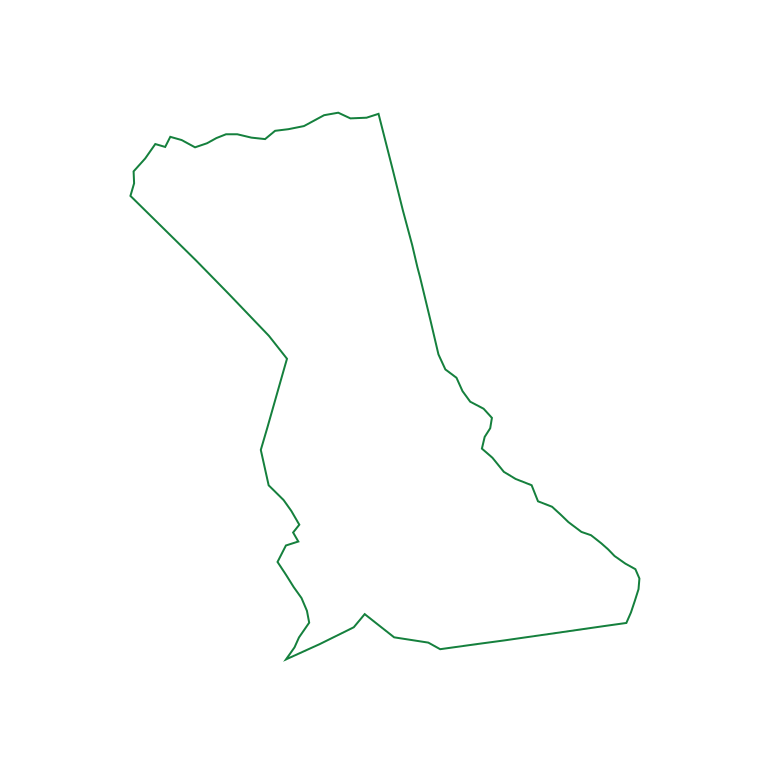 the district of João Alfredo, Pernambuco, Brazil, rotated 74°
{"feature_id": "56859067B12344911286731", "entity_name": "João Alfredo", "entity_type": "district", "adm_level": 2, "iso_a3": "BRA", "parent_name": "Brazil", "parent_adm1": "Pernambuco", "projection": "robinson", "projection_center": [-35.594, -7.855], "detail": "fine", "context": "isolated", "style": "outline", "palette": "green", "viewbox_px": 768, "rotation_deg": 74, "n_neighbors": 0, "source": "geoboundaries", "source_scale": "gbopen_adm2", "svg_char_len": 1289}
<svg xmlns="http://www.w3.org/2000/svg" viewBox="0 0 768 768"><g transform="rotate(74 384 384)"><path d="M110.6,353.2L109.1,367.5L114.0,389.9L112.7,405.7L110.6,418.9L115.8,430.8L110.6,443.6L103.5,456.2L100.4,467.1L101.4,477.3L103.8,487.8L104.4,500.4L93.7,511.3L87.5,521.3L95.8,529.0L90.3,537.7L101.4,551.4L110.6,566.1L122.2,568.9L133.3,575.9L213.7,530.5L255.2,508.1L289.4,490.1L305.9,481.4L333.0,470.3L342.9,476.5L393.7,508.1L413.4,520.6L449.6,522.8L467.9,512.5L480.4,508.1L495.9,504.2L501.7,512.3L511.8,509.8L512.2,522.8L525.7,535.4L540.7,530.7L554.3,526.8L567.0,522.3L580.8,520.6L592.8,521.7L604.2,535.6L612.5,542.6L621.7,554.1L616.3,517.4L609.5,480.1L599.9,466.0L630.3,444.1L644.8,412.7L654.4,403.1L659.7,365.8L663.6,339.3L677.5,238.2L680.5,216.9L671.7,209.6L661.5,202.6L651.4,195.9L641.4,192.1L631.3,193.4L623.2,201.5L612.9,209.8L604.8,214.1L597.1,219.0L586.4,226.7L580.6,235.0L567.6,244.8L558.4,250.1L548.3,256.3L539.2,268.3L522.0,270.0L511.6,283.6L501.5,293.0L484.8,300.1L473.1,307.7L462.6,301.8L455.8,294.1L446.3,289.6L435.2,295.1L424.8,306.0L412.5,310.5L398.0,312.6L386.9,321.0L370.6,323.5L335.6,321.8L290.9,319.9L280.8,319.7L258.2,318.6L222.3,318.0L179.5,316.5L155.9,315.8L122.8,314.8L123.2,327.4L119.4,343.1L110.6,353.2Z" fill="none" stroke="#15803d" stroke-width="2"/></g></svg>